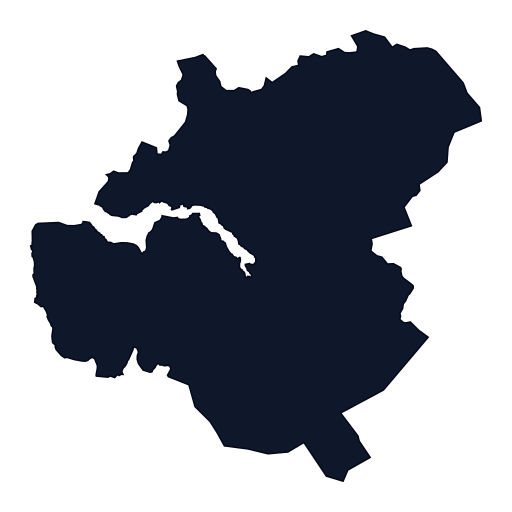 the district of Norddal nor, Møre og Romsdal, Norway
{"feature_id": "86288312B15747524615282", "entity_name": "Norddal nor", "entity_type": "district", "adm_level": 2, "iso_a3": "NOR", "parent_name": "Norway", "parent_adm1": "Møre og Romsdal", "projection": "mercator", "projection_center": [7.286, 62.251], "detail": "fine", "context": "isolated", "style": "filled", "palette": "ink", "viewbox_px": 512, "rotation_deg": 0, "n_neighbors": 0, "source": "geoboundaries", "source_scale": "gbopen_adm2", "svg_char_len": 5971}
<svg xmlns="http://www.w3.org/2000/svg" viewBox="0 0 512 512"><path d="M428.2,337.2L418.8,330.4L410.4,322.0L405.6,322.9L403.4,322.5L399.7,319.3L400.6,316.3L399.9,313.4L402.7,308.4L403.2,304.0L405.6,300.9L408.1,295.2L409.7,293.8L413.3,288.1L413.2,286.0L412.2,284.8L403.5,278.2L401.8,276.0L400.8,271.3L401.2,269.0L400.5,267.5L393.5,263.7L387.5,264.0L381.9,257.1L376.9,255.8L371.1,251.2L370.9,250.3L372.1,243.8L371.2,238.6L411.4,225.8L404.0,207.2L412.3,196.3L416.1,195.3L419.9,190.5L419.0,184.3L438.0,171.9L447.0,162.2L448.1,147.0L454.1,132.2L481.3,120.9L479.5,107.5L467.0,93.0L463.2,82.9L435.9,51.3L431.7,49.1L427.2,47.9L413.9,48.7L409.9,50.0L405.4,47.2L396.8,44.3L392.2,47.3L384.6,37.1L373.2,33.9L365.7,30.8L351.5,35.8L357.8,46.4L357.0,52.0L348.8,52.9L344.4,52.5L338.5,48.6L327.0,51.9L326.6,55.3L321.6,56.7L313.7,53.8L308.9,56.8L300.2,56.0L298.0,60.8L298.7,65.4L292.0,66.8L285.6,73.4L272.2,82.6L266.2,77.9L264.3,85.8L261.5,89.5L253.3,91.7L251.4,92.9L250.1,90.9L247.9,89.5L238.8,87.7L234.2,90.6L226.2,90.6L220.8,86.5L219.7,81.4L215.7,75.7L215.2,72.5L215.4,70.7L216.2,68.8L204.7,55.9L203.0,55.8L203.2,54.8L202.9,54.6L195.2,57.5L177.4,61.1L179.2,66.3L183.1,74.3L183.0,75.5L181.5,80.2L178.3,82.6L176.7,85.6L176.6,86.3L177.7,91.5L177.4,94.2L179.0,100.8L187.1,105.7L188.1,109.4L187.6,114.9L185.5,122.2L174.5,135.9L171.1,137.8L168.9,140.9L170.3,145.2L168.7,150.7L166.1,152.1L162.9,151.9L161.4,154.5L157.0,154.0L156.4,147.8L142.0,142.0L138.5,148.4L136.8,153.5L133.8,156.3L133.5,157.0L133.9,161.0L132.6,162.4L130.5,169.6L128.1,172.9L118.5,173.0L113.6,171.2L110.3,173.7L106.4,174.7L108.3,176.5L109.0,177.9L108.3,181.6L99.2,191.7L94.9,203.8L100.3,205.3L100.3,205.9L102.7,207.1L103.7,209.5L105.1,210.7L105.1,211.3L108.3,212.5L108.3,213.1L109.2,213.1L109.9,214.3L111.7,215.3L118.8,216.1L122.0,217.5L126.1,217.4L127.9,216.4L128.2,215.7L129.1,215.6L129.1,215.0L133.4,213.6L133.4,214.3L136.2,214.8L136.7,213.7L141.7,211.2L141.7,210.3L144.1,207.9L148.1,205.8L149.9,203.4L152.3,201.5L153.5,201.5L154.2,202.5L156.4,202.6L159.8,201.7L159.8,202.4L161.0,201.3L162.5,200.9L162.9,201.7L167.6,203.2L169.2,205.5L171.7,206.4L172.0,208.3L171.4,209.4L171.9,209.9L179.3,207.5L179.5,206.7L178.6,206.4L178.6,205.5L182.6,204.0L183.8,204.1L183.7,206.0L184.2,206.4L187.6,207.1L187.7,208.7L189.8,208.3L191.2,206.7L191.3,205.8L194.1,204.9L200.0,205.1L205.3,206.4L205.0,207.0L207.8,207.5L207.8,208.2L210.3,208.9L212.7,210.5L213.3,212.0L215.5,213.9L217.0,217.2L217.7,217.2L218.8,220.3L218.9,222.8L222.2,224.6L222.2,225.2L223.1,225.2L224.4,228.2L225.4,228.2L225.4,229.1L232.6,232.4L232.8,233.9L234.2,235.1L234.2,236.0L237.4,238.1L238.5,241.2L238.8,244.0L239.4,244.0L241.6,246.3L244.1,247.3L244.1,247.9L245.1,248.8L247.6,249.7L247.6,250.3L248.2,250.3L248.2,251.2L250.1,252.9L254.4,255.4L254.7,256.0L254.6,257.0L255.7,257.5L255.8,261.3L255.3,263.1L254.7,263.2L254.7,263.8L253.8,264.1L253.8,264.7L249.9,264.2L249.6,263.5L245.3,264.4L245.4,265.7L247.1,268.7L247.4,270.3L249.5,271.8L249.8,273.0L250.4,273.0L250.9,273.9L251.6,275.4L251.4,277.0L249.6,277.0L249.5,276.5L250.1,276.3L249.5,276.4L249.4,277.3L248.3,276.7L248.4,277.2L248.0,277.4L248.0,276.4L247.7,276.4L247.4,277.4L246.8,277.4L246.8,278.0L245.6,277.4L245.7,276.8L245.1,275.9L244.7,273.1L243.6,271.6L242.0,270.7L242.0,269.8L241.1,269.8L240.4,268.3L239.5,268.3L239.5,263.6L240.4,261.1L240.3,258.0L239.8,257.4L238.6,258.1L238.6,258.7L236.4,258.4L236.4,257.5L233.6,256.6L232.3,254.5L230.7,253.6L229.0,251.5L226.4,246.9L225.2,242.9L223.6,242.3L223.6,241.4L220.8,240.8L220.6,238.7L219.1,234.7L216.3,233.0L211.3,232.8L208.8,231.2L206.6,228.2L205.6,228.2L205.6,227.6L205.0,227.6L205.0,227.0L204.0,227.0L204.0,226.0L202.5,225.8L201.8,223.0L201.2,223.0L200.0,219.3L198.7,217.2L198.7,216.2L199.1,215.3L199.7,215.3L199.4,213.7L198.8,214.1L198.7,213.5L192.8,213.5L191.6,215.2L189.8,215.9L189.8,217.4L186.5,219.2L180.6,219.4L178.1,218.7L177.4,217.4L173.5,218.0L162.1,215.7L162.0,217.2L160.1,220.4L154.9,222.7L152.7,229.3L151.1,231.5L148.6,233.1L148.1,235.3L147.5,235.3L146.2,240.3L146.7,247.8L145.7,251.2L143.6,251.9L142.2,253.8L141.5,253.5L138.3,247.6L136.5,245.7L133.6,244.1L127.5,242.9L121.6,242.7L113.6,243.9L110.7,242.4L110.2,242.9L110.1,242.3L107.4,242.3L106.0,239.6L104.5,238.7L104.4,237.8L103.5,237.5L103.8,236.8L102.9,236.9L102.9,236.3L101.9,236.0L101.9,235.3L101.3,235.4L101.3,234.7L100.3,234.5L99.7,233.2L96.5,231.2L96.5,230.2L95.5,229.9L93.9,227.5L93.3,227.8L93.3,226.9L92.7,226.9L90.7,223.9L90.1,223.9L90.2,223.3L89.4,222.4L85.1,221.7L83.2,221.6L83.6,222.5L82.3,223.2L82.1,224.4L74.3,225.7L67.2,225.6L58.7,222.5L38.0,223.4L35.6,224.9L32.2,231.2L32.4,239.3L33.0,239.6L32.4,239.6L32.6,240.5L32.3,241.1L32.0,245.8L30.7,245.8L31.5,249.5L32.1,249.5L32.9,251.0L32.0,253.5L32.1,256.0L32.3,256.6L32.9,256.6L34.5,261.8L34.6,265.9L34.0,268.4L34.2,273.0L33.8,274.6L33.1,274.6L33.0,276.5L36.8,286.6L36.8,289.1L37.2,290.0L36.9,292.2L37.3,294.0L36.9,295.3L37.5,295.2L37.5,295.9L36.9,295.9L36.3,298.1L35.1,298.4L34.7,302.3L37.7,303.8L41.0,306.6L43.4,306.4L46.3,311.3L47.5,314.7L47.6,315.5L47.1,316.5L48.4,319.8L50.9,324.0L51.0,325.3L53.1,327.7L51.9,336.2L52.6,342.6L55.7,345.6L55.2,347.0L56.1,349.5L61.2,355.4L64.6,357.8L67.2,357.4L74.3,359.6L82.5,361.1L85.4,361.2L87.8,360.4L90.0,358.4L92.6,357.3L94.7,358.8L97.4,365.7L97.3,368.5L96.1,374.9L96.3,376.1L107.8,377.2L110.4,376.1L114.7,377.6L117.4,374.6L119.2,375.5L121.3,374.3L123.0,374.4L121.8,371.9L122.5,369.4L123.5,367.6L124.8,366.6L126.9,363.1L127.5,360.5L128.4,359.9L132.7,350.4L133.8,346.8L136.9,348.1L138.5,352.1L137.3,355.7L137.2,359.4L138.4,363.5L143.1,370.1L150.3,372.3L152.1,371.7L152.4,370.3L155.0,367.5L155.9,365.7L157.9,363.2L160.0,365.1L161.8,364.9L164.3,365.8L168.2,365.4L169.7,366.2L170.7,368.1L170.7,369.3L167.5,375.3L168.4,376.7L188.9,384.8L195.0,406.6L210.0,421.5L217.0,432.5L224.4,445.9L247.7,448.9L268.0,453.8L287.9,452.0L303.9,442.5L326.4,476.2L343.1,481.2L347.8,470.1L370.2,457.4L359.2,441.1L358.0,436.0L340.6,413.0L383.5,390.0L428.2,337.2Z" fill="#0f172a" stroke="#020617" stroke-width="1.5"/></svg>